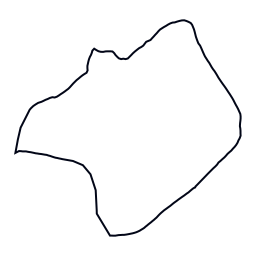 outline of Jayshan, Abyan, Yemen
{"feature_id": "15242507B52959296866890", "entity_name": "Jayshan", "entity_type": "district", "adm_level": 2, "iso_a3": "YEM", "parent_name": "Yemen", "parent_adm1": "Abyan", "projection": "albers", "projection_center": [46.198, 14.169], "detail": "fine", "context": "isolated", "style": "outline", "palette": "ink", "viewbox_px": 256, "rotation_deg": 0, "n_neighbors": 0, "source": "geoboundaries", "source_scale": "gbopen_adm2", "svg_char_len": 3060}
<svg xmlns="http://www.w3.org/2000/svg" viewBox="0 0 256 256"><path d="M195.2,187.4L195.4,186.6L196.3,185.7L208.1,173.5L210.0,171.6L211.7,169.9L213.4,168.2L215.4,166.4L217.1,164.6L218.5,162.5L220.4,161.0L222.1,159.4L224.4,157.4L226.0,155.7L227.5,153.9L229.4,152.2L231.3,150.6L232.9,148.7L234.7,146.8L236.2,144.9L237.6,142.6L238.4,140.5L239.6,138.4L240.6,135.7L240.5,133.4L240.5,130.8L240.3,128.4L239.9,126.2L240.1,123.1L240.4,120.8L240.6,118.5L240.6,116.2L240.3,113.9L239.3,111.7L238.1,109.0L237.0,106.9L235.8,104.8L234.6,102.5L233.4,100.1L232.2,98.0L231.0,96.1L229.8,94.2L228.5,92.3L227.0,90.0L225.6,87.9L224.1,85.8L222.7,83.9L221.3,81.9L219.8,79.7L218.4,77.6L217.1,75.3L215.9,73.3L214.5,71.1L213.1,69.3L211.7,67.2L210.4,64.9L209.2,62.8L207.8,60.9L206.5,58.8L205.2,56.8L204.5,55.5L204.1,54.6L203.1,52.4L202.2,50.3L201.3,48.2L200.1,45.6L198.4,43.4L197.5,41.2L196.7,39.0L195.9,36.7L195.3,34.3L194.7,31.9L194.0,29.4L193.1,27.2L192.1,24.8L190.7,23.0L188.6,21.9L186.5,21.0L184.3,20.3L181.9,20.4L179.6,20.9L177.1,21.6L174.8,22.4L172.5,22.6L170.3,23.4L168.2,24.5L166.0,25.9L164.0,27.0L162.1,28.2L160.1,29.5L158.5,31.1L157.0,32.9L155.1,34.9L153.7,36.5L152.0,38.3L150.5,40.0L148.4,40.9L146.2,41.8L144.8,43.6L143.3,45.6L141.3,47.0L139.2,48.1L137.0,49.8L134.9,51.5L132.9,53.3L131.3,55.0L129.7,56.6L127.8,58.5L125.6,59.1L123.3,58.7L121.1,59.1L118.8,58.3L117.2,56.8L115.5,55.0L114.2,53.1L112.5,51.5L110.2,51.3L107.9,51.3L105.6,51.4L103.1,51.9L100.7,51.8L98.4,51.2L96.4,50.1L94.2,48.7L92.4,50.6L91.8,52.8L91.0,54.9L89.9,56.9L89.0,59.2L88.4,61.4L87.9,63.7L87.4,65.9L87.4,68.1L87.6,70.4L86.5,72.8L84.3,74.1L82.4,75.4L80.6,76.8L78.5,78.6L76.6,80.1L74.9,81.8L73.2,83.5L71.5,85.4L70.0,87.1L68.3,88.8L66.4,90.2L64.7,91.5L62.7,92.9L60.8,94.1L58.8,95.5L56.9,96.7L54.7,97.5L52.4,97.2L50.0,97.9L47.7,99.0L45.6,99.8L43.6,100.8L41.5,101.8L39.3,102.5L38.1,102.9L35.5,104.5L33.3,106.0L31.0,108.2L29.7,109.7L20.6,127.7L20.4,128.6L17.8,139.8L17.6,141.0L15.4,152.9L19.1,151.0L19.3,151.1L20.9,151.1L21.2,151.2L22.7,151.4L24.3,151.4L26.0,151.4L27.9,151.8L29.8,152.1L30.7,152.2L31.6,152.4L33.5,152.8L35.7,153.3L37.4,153.5L39.1,153.8L41.0,154.0L42.8,154.3L44.5,154.6L46.7,154.9L48.4,155.5L50.0,155.9L51.7,156.5L53.8,157.2L55.5,157.7L57.3,158.0L58.9,158.4L61.0,158.8L62.2,159.1L73.0,161.0L82.9,165.2L90.5,174.3L95.7,190.2L96.7,210.2L96.8,213.7L110.0,235.6L111.9,235.6L113.6,235.7L115.2,235.7L116.9,235.4L118.7,235.1L120.5,235.0L122.1,234.9L123.8,234.9L126.0,234.6L127.7,234.3L129.3,234.0L131.2,233.6L132.7,233.3L134.5,232.8L136.1,232.3L137.8,231.6L139.7,230.7L141.1,229.8L142.8,228.8L144.3,227.8L145.5,226.7L146.8,225.7L148.2,224.5L149.7,223.3L151.0,222.3L152.5,221.0L153.9,219.9L155.2,218.7L156.5,217.6L157.6,216.4L158.9,215.0L160.1,213.8L161.3,212.7L162.6,211.6L164.1,210.3L165.5,209.3L166.9,208.3L168.5,207.1L169.8,206.2L171.2,205.1L172.5,204.0L174.0,202.8L175.4,201.8L176.8,200.8L178.2,199.7L179.6,198.7L181.0,197.7L182.4,196.7L183.9,195.7L185.5,194.5L187.1,193.3L188.5,192.4L189.7,191.3L191.0,190.2L192.3,189.1L193.6,188.1L195.2,187.4Z" fill="none" stroke="#020617" stroke-width="2"/></svg>